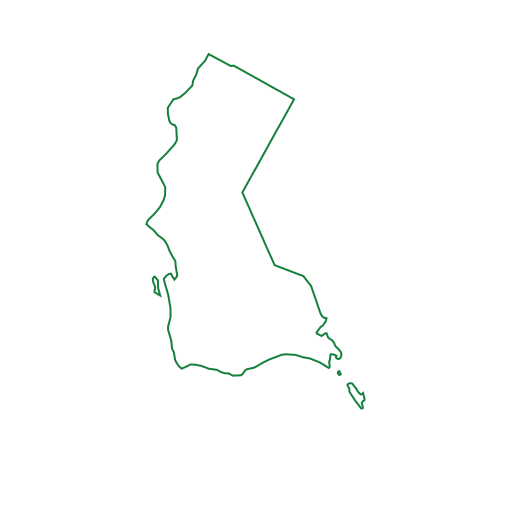 Oman, Robinson projection, rotated 140°
{"feature_id": "OMN", "entity_name": "Oman", "entity_type": "country or territory", "adm_level": 0, "iso_a3": "OMN", "parent_name": "Asia", "parent_adm1": "", "projection": "robinson", "projection_center": [56.004, 21.502], "detail": "fine", "context": "isolated", "style": "outline", "palette": "green", "viewbox_px": 512, "rotation_deg": 140, "n_neighbors": 0, "source": "natural_earth", "source_scale": "50m", "svg_char_len": 3060}
<svg xmlns="http://www.w3.org/2000/svg" viewBox="0 0 512 512"><g transform="rotate(140 256 256)"><path d="M162.5,441.1L160.5,436.1L158.5,431.1L156.5,426.0L154.5,421.0L153.1,417.5L150.8,416.3L149.3,412.5L147.9,408.7L146.4,404.9L145.0,401.1L143.5,397.3L142.1,393.5L140.6,389.7L139.2,385.9L137.7,382.1L136.3,378.2L134.8,374.4L133.4,370.6L131.9,366.8L130.5,363.0L129.0,359.2L127.6,355.4L126.1,351.6L130.8,349.8L136.5,347.6L142.2,345.4L148.0,343.2L153.7,341.0L159.4,338.9L165.1,336.7L170.8,334.5L176.5,332.3L182.2,330.1L187.9,327.9L193.6,325.7L199.3,323.5L205.0,321.4L210.7,319.2L216.4,317.0L222.1,314.8L225.6,313.5L227.1,308.4L228.3,304.1L229.5,299.9L230.7,295.7L232.0,291.5L233.2,287.3L234.4,283.0L235.6,278.8L236.8,274.6L238.0,270.4L239.2,266.1L240.5,261.9L241.7,257.7L242.9,253.5L244.1,249.3L245.3,245.0L246.5,240.8L247.6,237.0L245.5,233.2L242.7,228.2L239.8,223.0L237.1,218.1L235.1,214.5L232.6,210.2L232.9,204.6L232.9,201.8L233.1,197.6L235.4,191.6L238.2,184.1L240.2,179.1L241.9,174.7L243.3,171.2L244.1,167.6L243.7,165.1L242.8,164.2L242.0,163.0L244.6,161.1L249.5,159.8L252.2,160.1L256.0,159.2L259.0,158.3L259.2,157.2L258.3,155.3L257.1,152.5L252.9,152.3L251.6,151.5L253.1,147.4L253.0,146.1L252.5,144.6L251.8,142.0L252.2,138.7L253.0,136.5L253.0,134.7L252.6,130.9L252.8,127.6L253.6,126.0L255.2,124.5L256.7,123.7L258.2,123.7L259.5,124.4L260.0,126.1L259.7,127.3L258.8,127.5L258.5,128.0L259.7,130.3L261.5,132.6L262.9,132.2L264.5,130.4L266.2,129.0L268.2,127.7L269.7,125.2L271.0,123.6L272.2,123.4L275.5,133.4L280.5,142.8L284.9,148.0L289.4,155.0L296.3,161.5L299.5,163.7L312.4,168.2L319.4,169.9L329.1,171.6L335.8,175.1L338.1,175.3L341.6,174.3L344.2,174.3L350.6,179.2L352.5,183.7L355.2,186.1L357.6,189.9L359.1,193.9L364.6,200.0L368.4,206.8L372.4,211.8L375.9,215.0L381.2,216.2L385.4,217.6L385.9,221.0L385.5,225.4L384.7,228.6L380.8,235.0L379.9,238.9L375.5,245.3L370.7,256.1L368.5,258.6L360.8,264.1L355.1,270.9L348.3,282.5L343.2,294.1L341.3,297.8L337.1,298.5L334.4,298.2L332.5,297.1L333.2,294.0L333.7,290.4L331.2,290.8L329.0,291.5L323.8,300.2L321.0,304.0L320.4,308.8L319.1,315.0L317.1,320.8L316.2,325.6L316.2,328.3L317.8,335.0L317.9,341.8L318.8,345.9L319.5,350.8L317.1,352.3L315.0,353.0L306.8,353.6L298.5,355.1L291.2,358.0L286.8,360.8L281.2,367.2L277.7,383.2L272.2,390.0L268.4,391.4L259.4,392.0L246.6,393.9L242.2,395.5L234.7,405.4L234.1,408.5L235.6,410.7L236.0,413.2L235.4,415.5L232.0,421.7L228.3,426.2L218.6,429.1L215.1,427.4L211.8,426.5L205.5,426.4L195.2,427.5L191.4,430.8L185.5,433.2L180.0,436.9L169.6,438.3L162.5,441.1ZM269.2,97.8L268.6,98.7L267.6,98.8L265.5,98.0L264.2,96.3L264.4,94.2L264.5,90.2L265.1,86.6L264.9,82.7L263.3,81.9L262.1,82.1L264.8,76.6L265.9,75.7L266.9,76.1L269.4,75.5L270.8,72.5L271.8,70.9L272.9,71.1L273.5,72.0L273.1,76.5L273.1,80.3L271.7,91.9L270.2,93.9L269.5,95.6L269.2,97.8ZM349.5,305.0L347.4,305.5L346.8,305.3L346.8,300.4L351.6,294.4L354.8,287.3L357.0,293.6L353.2,297.1L351.1,303.1L349.5,305.0ZM268.7,113.6L267.3,114.6L266.4,114.5L266.5,112.4L267.1,111.0L268.5,111.1L268.9,112.0L268.7,113.6Z" fill="none" stroke="#15803d" stroke-width="2"/></g></svg>